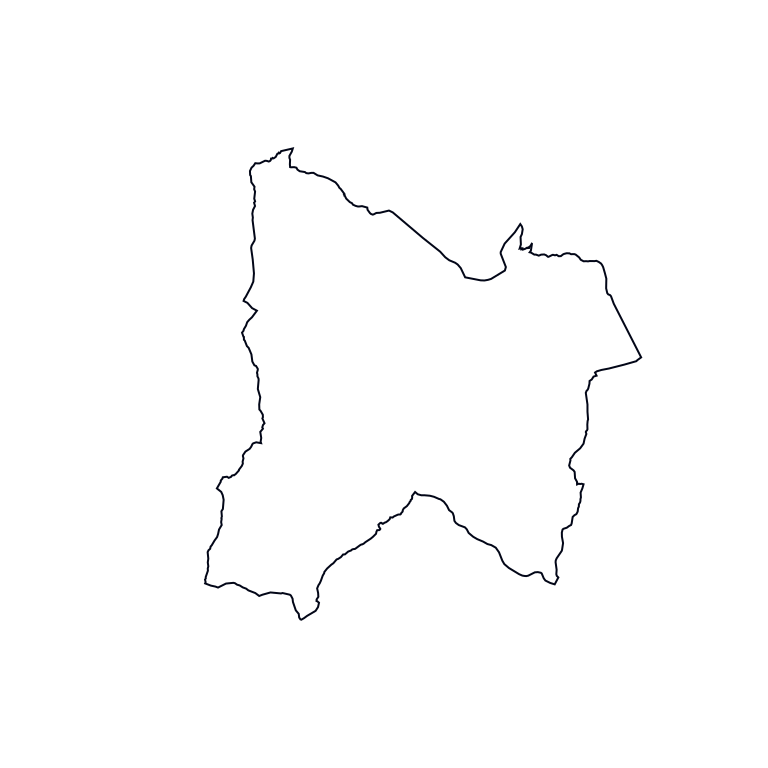 Racos, Brasov, Romania (Albers equal-area conic projection), rotated 64°
{"feature_id": "2599482B67476847069739", "entity_name": "Racos", "entity_type": "district", "adm_level": 2, "iso_a3": "ROU", "parent_name": "Romania", "parent_adm1": "Brasov", "projection": "albers", "projection_center": [25.432, 46.029], "detail": "fine", "context": "isolated", "style": "outline", "palette": "ink", "viewbox_px": 768, "rotation_deg": 64, "n_neighbors": 0, "source": "geoboundaries", "source_scale": "gbopen_adm2", "svg_char_len": 6165}
<svg xmlns="http://www.w3.org/2000/svg" viewBox="0 0 768 768"><g transform="rotate(64 384 384)"><path d="M559.6,561.6L559.4,558.6L558.7,554.8L557.9,544.9L555.6,541.1L552.1,538.3L550.2,539.1L549.5,539.8L548.1,539.0L546.5,536.3L542.9,534.8L538.4,533.7L536.1,531.1L535.0,529.2L533.2,527.0L529.3,523.0L527.9,520.8L526.8,520.0L524.9,516.0L523.3,510.6L522.9,508.1L520.9,503.5L521.1,501.8L520.7,498.6L519.3,495.5L520.0,493.8L518.9,489.6L519.2,486.6L518.8,485.5L518.9,484.1L519.5,482.5L519.4,481.5L518.4,476.2L518.3,474.7L518.6,474.0L518.6,472.3L518.0,470.1L517.2,463.8L516.5,460.9L515.1,456.8L513.4,455.5L512.4,454.2L513.2,452.4L513.0,451.2L512.5,450.8L510.1,451.1L508.0,450.7L507.3,448.4L507.4,447.5L508.1,446.9L508.9,446.7L509.2,446.2L508.9,444.3L509.1,442.9L508.8,440.9L508.0,438.2L506.6,436.8L507.8,434.8L507.4,433.3L507.5,429.1L507.6,428.3L508.4,426.6L508.3,426.0L507.4,424.8L507.1,423.7L506.6,423.0L505.7,422.5L504.5,420.8L503.8,417.0L502.1,413.5L501.4,412.8L500.8,411.4L500.0,410.8L499.6,409.4L498.7,408.6L496.9,407.8L494.7,403.4L497.9,402.0L500.4,399.2L501.8,396.3L504.5,391.8L507.3,388.5L511.5,384.9L512.4,383.8L516.1,381.8L521.0,380.8L525.9,380.8L529.2,379.1L530.3,378.8L533.4,379.2L537.9,380.7L540.4,380.3L543.6,378.6L548.3,374.1L550.9,373.3L555.0,373.2L560.4,370.8L564.3,368.2L569.1,364.0L573.2,361.2L575.8,358.2L580.1,355.3L585.7,354.4L594.7,355.1L598.6,354.8L604.1,352.4L614.2,345.9L616.8,343.7L617.9,342.2L619.0,340.4L619.5,338.4L619.4,331.0L620.5,328.2L622.4,325.8L623.4,325.3L628.7,325.6L631.4,325.1L635.7,321.8L638.9,318.4L634.3,312.1L632.2,312.8L630.5,312.5L626.7,310.3L619.4,307.9L617.9,307.0L616.4,305.3L611.9,297.4L611.0,296.6L605.5,292.8L599.2,291.0L595.5,289.3L593.1,287.3L592.8,286.2L593.3,282.7L592.8,280.1L592.7,277.6L591.5,276.4L586.2,272.7L585.4,270.3L585.3,268.2L584.4,266.9L583.5,265.8L580.7,264.0L579.7,262.7L577.5,261.5L576.4,259.7L575.2,258.7L573.6,257.9L572.2,256.7L567.8,254.9L564.8,251.5L561.6,248.6L560.3,250.1L559.8,251.7L559.0,252.6L558.9,254.5L556.5,253.4L552.5,253.6L546.6,251.2L544.7,251.5L540.8,253.5L538.4,253.3L534.4,249.9L533.0,249.4L532.2,247.3L529.5,242.6L527.8,235.9L525.1,230.8L521.0,227.6L517.6,224.0L515.7,223.7L515.2,223.3L514.6,221.8L513.9,221.0L509.5,219.0L506.5,217.2L505.3,216.1L498.2,213.3L491.6,210.1L480.4,206.5L479.0,205.0L478.4,203.4L477.6,202.4L473.8,199.2L471.4,197.9L471.0,195.3L469.2,192.4L469.7,189.3L466.2,189.3L465.9,187.1L466.7,182.4L468.7,175.0L471.9,159.6L474.1,147.2L473.6,145.8L472.8,141.2L412.6,142.3L404.7,141.5L403.3,141.8L401.7,143.2L400.2,143.5L395.4,142.4L386.8,138.0L381.4,136.9L375.1,135.8L372.9,135.8L370.9,136.1L368.4,137.5L366.4,139.1L365.8,141.0L363.7,145.1L363.2,146.9L362.3,148.3L361.2,150.8L358.6,152.7L355.8,153.1L351.7,155.0L350.7,156.0L349.3,159.0L347.8,160.1L346.5,162.7L346.0,165.2L346.0,166.3L346.6,169.0L345.7,171.0L343.6,172.2L343.3,173.9L342.1,175.3L341.8,175.9L341.8,180.4L341.5,180.9L339.4,181.8L337.8,183.2L336.6,186.1L336.5,188.6L334.3,190.7L333.6,192.2L330.3,194.3L329.5,195.3L328.5,193.5L322.9,189.6L322.7,189.7L324.3,192.2L324.4,193.5L325.3,194.0L324.7,195.5L324.3,195.5L324.2,196.0L324.4,197.6L324.1,200.2L322.9,200.0L323.1,201.6L321.9,201.4L321.7,202.7L318.6,199.8L311.7,196.8L309.8,194.4L305.7,191.5L302.8,191.0L300.0,191.4L305.0,199.9L310.7,214.0L316.6,221.3L318.1,222.0L332.3,223.2L335.0,225.6L336.5,241.7L336.0,244.8L335.0,248.3L333.2,251.7L323.7,264.3L313.5,264.2L308.9,265.4L306.2,266.9L301.4,271.1L296.9,273.4L289.7,275.5L269.8,285.0L233.6,300.9L230.3,303.5L228.3,312.6L226.9,315.9L227.0,319.0L226.8,319.9L225.4,321.2L224.2,321.7L220.2,322.4L218.1,321.7L214.5,325.8L213.5,328.7L212.9,329.8L211.4,331.5L209.2,333.3L207.5,333.5L205.5,335.0L200.8,336.7L197.4,336.7L197.2,337.0L196.2,336.3L195.7,336.8L195.0,336.4L189.7,337.4L188.1,338.1L185.6,338.2L181.5,339.2L174.5,344.2L170.8,347.9L167.4,352.2L163.3,354.8L162.3,357.0L161.6,359.6L160.4,361.4L158.8,362.2L155.8,366.5L153.4,367.8L151.2,367.9L149.7,369.7L148.4,372.7L147.9,373.3L145.3,372.3L141.3,370.1L139.3,369.9L137.5,369.0L134.8,365.1L132.3,362.7L129.6,374.4L130.8,376.2L130.8,376.8L130.1,377.2L130.6,377.7L130.3,378.4L130.3,378.9L132.4,381.7L132.6,382.8L132.8,384.3L132.6,384.8L132.0,385.1L132.3,385.9L131.9,386.7L133.0,387.5L133.5,388.4L133.6,389.3L133.5,390.1L132.1,391.5L131.2,393.0L131.2,399.0L130.3,401.0L129.1,402.9L130.7,405.6L131.5,408.2L133.8,411.1L137.5,412.7L138.8,412.5L144.5,414.8L149.9,413.9L152.0,415.3L154.5,415.5L160.6,419.4L163.4,419.8L164.1,421.3L167.5,421.9L170.0,425.3L173.2,427.7L176.9,428.9L179.1,430.3L196.7,436.3L198.4,437.6L201.5,442.3L203.5,443.8L214.5,447.4L227.6,452.4L234.7,456.6L238.7,461.3L245.0,470.0L246.4,472.5L247.8,473.8L251.2,471.2L258.0,469.3L262.4,466.1L266.2,473.5L267.2,476.9L268.5,479.9L271.1,482.5L273.3,485.9L274.6,487.0L275.6,489.1L279.9,489.6L280.3,489.3L282.8,490.5L283.9,490.1L289.8,490.6L292.2,489.8L299.3,490.2L306.1,492.5L310.4,492.3L311.7,491.1L315.0,490.8L315.9,491.2L318.3,493.3L319.7,493.5L321.6,494.4L324.0,494.4L325.4,494.9L333.2,499.6L341.6,501.0L347.6,505.1L352.3,507.2L354.1,506.7L358.5,506.4L360.8,507.4L361.6,508.4L366.9,508.6L367.8,510.7L369.6,512.4L371.1,512.4L372.8,516.2L378.7,518.0L381.8,520.2L383.3,520.4L380.4,524.4L380.0,527.6L380.4,528.7L382.2,530.9L383.4,533.2L384.0,538.2L386.1,541.8L386.8,542.4L389.2,542.9L391.8,545.1L393.7,545.8L395.3,547.7L397.5,552.0L398.1,552.3L399.9,556.7L400.3,558.8L399.9,559.3L399.7,561.0L400.4,562.1L400.3,564.7L398.5,565.8L397.2,569.8L398.2,570.7L399.2,573.0L400.3,573.6L404.6,580.0L409.6,577.6L413.2,577.7L417.8,578.9L425.7,583.6L427.1,585.9L432.0,587.8L433.3,589.0L434.0,589.0L436.7,590.9L439.6,591.7L442.5,596.1L446.0,598.8L448.4,601.1L450.4,604.9L453.5,609.6L454.1,611.1L455.9,612.5L456.5,614.6L457.8,616.2L464.0,618.5L467.1,620.6L470.8,621.8L472.6,623.3L474.6,624.1L479.4,628.9L480.7,629.5L481.3,630.6L483.9,631.2L484.8,632.2L489.3,628.0L492.2,624.3L494.2,622.4L494.1,613.5L496.7,606.5L497.7,605.3L500.0,604.0L501.8,602.0L504.9,600.1L507.5,597.6L510.0,596.4L515.5,591.3L519.8,589.1L520.1,585.6L521.6,577.4L527.1,568.4L527.4,566.8L532.1,561.0L533.3,560.4L536.9,560.3L540.0,561.4L548.8,562.5L553.2,561.4L556.7,562.6L558.9,562.3L559.6,561.6Z" fill="none" stroke="#020617" stroke-width="2"/></g></svg>